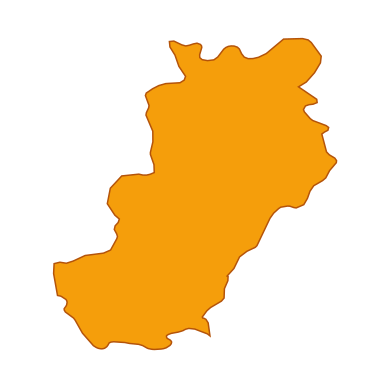 outline of Siena, rotated 83°
{"feature_id": "ITA-5388", "entity_name": "Siena", "entity_type": "Province", "adm_level": 1, "iso_a3": "ITA", "parent_name": "Italy", "parent_adm1": "", "projection": "mercator", "projection_center": [11.496, 43.172], "detail": "fine", "context": "isolated", "style": "filled", "palette": "amber", "viewbox_px": 384, "rotation_deg": 83, "n_neighbors": 0, "source": "natural_earth", "source_scale": "10m", "svg_char_len": 2434}
<svg xmlns="http://www.w3.org/2000/svg" viewBox="0 0 384 384"><g transform="rotate(83 192 192)"><path d="M180.5,45.2L187.5,52.8L194.3,57.5L196.6,61.0L200.6,70.4L205.6,74.8L212.4,78.2L218.2,82.6L220.5,90.5L219.9,92.7L218.0,96.6L217.6,98.9L217.9,105.8L219.0,108.0L222.9,113.5L227.6,117.8L253.2,134.1L254.6,135.9L257.5,144.6L262.2,152.7L273.0,159.7L279.7,167.4L280.3,166.5L284.4,167.2L291.9,171.6L301.2,173.1L303.9,176.1L308.9,187.6L311.7,191.7L317.3,197.0L318.3,196.8L318.8,195.5L320.1,193.7L323.9,191.9L337.0,191.7L334.7,194.0L328.4,205.9L327.0,211.8L327.2,213.5L327.4,214.9L327.8,216.2L328.4,217.5L328.9,219.8L329.4,223.0L329.8,229.8L330.5,232.8L331.4,234.7L332.6,235.0L333.9,234.7L334.7,233.9L336.2,231.8L337.2,231.0L338.4,230.5L340.1,231.1L341.6,232.6L343.5,236.6L344.0,239.2L344.1,241.5L343.7,248.5L343.4,250.2L343.0,251.7L342.1,254.4L341.5,255.5L338.4,259.7L336.7,263.5L334.7,272.5L333.2,277.0L331.1,288.0L331.1,290.8L331.7,292.6L334.0,294.3L335.2,295.5L336.4,297.7L336.7,299.5L336.6,301.2L336.2,302.7L335.7,304.1L335.0,305.4L334.3,306.4L332.5,308.6L331.0,309.6L318.8,317.9L305.0,323.6L302.7,324.9L295.7,332.3L293.6,333.2L292.2,333.1L290.2,331.2L288.8,330.2L286.2,329.4L284.6,329.6L283.3,330.2L279.9,334.2L279.3,335.1L278.3,338.1L256.1,339.3L246.3,337.6L245.6,331.7L247.4,325.4L246.1,318.5L242.0,305.8L241.9,287.3L239.7,279.9L229.3,272.4L227.2,271.4L224.6,271.8L219.7,273.7L216.2,272.4L213.3,269.0L210.0,267.4L205.6,271.4L193.3,277.5L178.3,272.6L167.5,259.8L167.8,242.6L169.2,238.7L169.7,235.1L169.3,231.4L168.1,227.1L160.2,226.4L149.7,228.7L147.7,228.5L137.4,224.7L126.9,223.5L110.1,228.3L107.7,227.6L103.2,224.8L100.9,224.1L90.6,226.5L88.2,225.3L84.7,218.5L82.3,211.9L81.2,204.8L82.1,190.6L80.0,186.1L76.4,184.3L65.7,189.7L54.1,192.2L45.4,196.2L39.9,196.1L40.0,191.6L44.7,184.2L46.3,180.4L46.0,176.7L45.2,172.7L44.9,168.9L46.6,165.6L48.2,164.7L49.8,164.7L56.7,167.7L59.6,167.9L61.9,165.8L63.5,160.6L63.5,154.2L61.2,150.0L54.1,143.1L52.7,140.8L51.9,138.2L51.8,135.3L52.3,132.3L53.8,129.3L55.8,127.6L60.9,125.9L64.5,123.7L66.5,120.0L67.0,115.2L66.4,109.6L63.7,101.5L51.4,82.5L53.2,63.6L55.2,58.2L58.2,55.4L72.9,47.2L79.5,48.8L88.6,55.9L96.8,65.2L100.6,73.5L115.2,56.9L118.5,56.9L119.6,61.1L119.6,65.3L120.4,68.9L123.7,71.3L126.2,70.7L133.6,65.7L135.8,63.4L142.5,50.7L144.6,48.5L147.3,49.6L148.6,53.1L150.3,56.1L168.6,53.6L171.8,51.2L175.8,46.1L178.5,44.7L180.5,45.2Z" fill="#f59e0b" stroke="#b45309" stroke-width="1.5"/></g></svg>